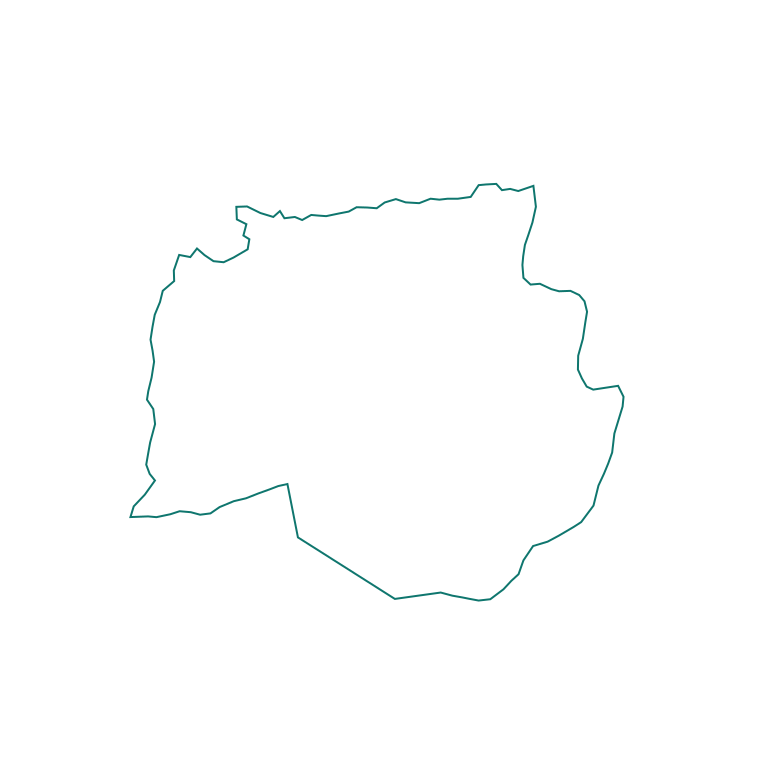 outline of Terra Roxa, São Paulo, Brazil, rotated 32°
{"feature_id": "56859067B22989261548465", "entity_name": "Terra Roxa", "entity_type": "district", "adm_level": 2, "iso_a3": "BRA", "parent_name": "Brazil", "parent_adm1": "São Paulo", "projection": "equal_earth", "projection_center": [-48.359, -20.777], "detail": "fine", "context": "isolated", "style": "outline", "palette": "teal", "viewbox_px": 768, "rotation_deg": 32, "n_neighbors": 0, "source": "geoboundaries", "source_scale": "gbopen_adm2", "svg_char_len": 1713}
<svg xmlns="http://www.w3.org/2000/svg" viewBox="0 0 768 768"><g transform="rotate(32 384 384)"><path d="M239.5,631.2L254.1,621.3L261.6,617.5L271.8,607.7L278.1,600.2L288.1,595.1L297.3,592.3L305.4,585.7L309.8,575.5L318.7,563.0L327.5,554.1L335.5,543.3L342.9,533.9L348.4,526.6L355.1,520.0L392.3,559.7L507.1,560.5L542.6,530.8L554.1,527.3L563.5,523.5L570.1,521.0L579.0,517.5L588.2,510.2L594.1,494.8L596.3,483.4L598.9,474.0L595.7,459.7L596.3,442.4L606.3,431.0L612.5,420.2L620.7,404.5L624.4,396.6L626.1,376.1L619.7,356.5L618.1,343.6L616.3,332.8L613.8,321.2L605.6,303.9L598.3,276.7L593.9,267.9L583.5,261.5L564.4,277.9L557.3,278.8L548.9,274.4L540.8,269.0L533.7,257.1L528.7,240.3L522.0,224.9L517.9,215.1L510.2,207.6L502.4,205.1L492.8,206.2L483.3,212.6L475.6,214.9L463.1,216.4L455.6,222.0L446.0,220.1L438.3,209.7L434.3,201.8L429.8,191.4L427.4,181.0L424.3,168.4L418.9,153.2L405.7,136.8L395.6,149.2L387.6,151.7L381.3,157.1L373.2,154.8L364.8,160.7L358.9,165.2L358.4,179.4L348.5,187.7L339.6,193.3L333.3,198.3L325.3,202.2L318.0,212.0L306.1,218.5L296.1,220.9L288.4,229.7L284.7,238.8L276.3,243.2L267.1,248.6L262.7,256.5L255.7,263.0L246.0,272.3L239.0,276.0L232.7,279.2L227.7,288.3L219.9,289.6L211.7,296.2L204.1,292.5L201.6,301.0L188.6,304.5L173.8,306.0L164.9,312.0L172.0,322.4L182.6,321.4L186.1,332.6L193.1,332.6L197.0,342.0L189.4,356.5L183.5,365.7L174.3,370.2L163.5,369.8L153.6,368.2L152.5,379.0L141.9,383.1L145.6,399.1L151.5,407.9L147.0,422.2L150.6,433.2L152.9,446.8L157.4,458.2L162.5,470.1L170.1,478.4L177.2,486.9L183.5,501.7L187.9,515.0L191.3,522.9L201.6,527.5L211.1,539.3L216.7,557.6L220.7,567.6L225.1,578.4L232.9,584.4L240.9,587.2L239.8,604.6L236.6,620.4L239.5,631.2Z" fill="none" stroke="#0f766e" stroke-width="2"/></g></svg>